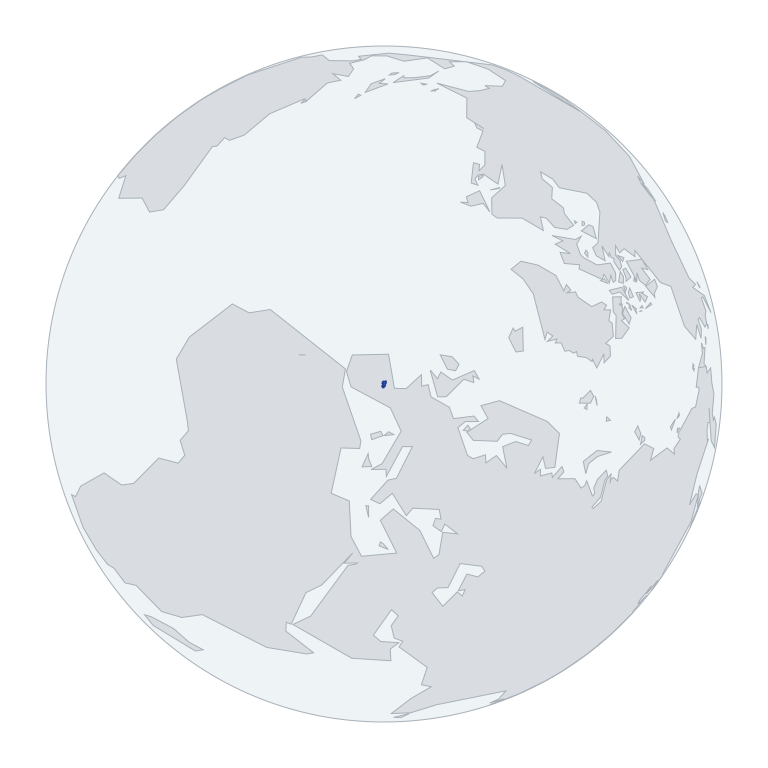 La Rioja on an orthographic globe, rotated 88°
{"feature_id": "ESP-5828", "entity_name": "La Rioja", "entity_type": "Autonomous Community", "adm_level": 1, "iso_a3": "ESP", "parent_name": "Spain", "parent_adm1": "", "projection": "orthographic", "projection_center": [-2.502, 42.281], "detail": "fine", "context": "on_globe", "style": "filled", "palette": "blue", "viewbox_px": 768, "rotation_deg": 88, "n_neighbors": 0, "source": "natural_earth", "source_scale": "10m", "svg_char_len": 11153}
<svg xmlns="http://www.w3.org/2000/svg" viewBox="0 0 768 768"><g transform="rotate(88 384 384)"><circle cx="384" cy="384" r="338" fill="#eef3f6" stroke="#a8b0b8"/><path d="M94.6,558.5L89.8,549.8L83.0,536.5L70.5,509.7L54.5,454.8L54.7,445.6L53.0,434.2L58.9,427.4L60.0,403.5L58.7,395.5L55.6,398.0L53.5,367.5L56.4,345.8L69.0,264.3L74.5,250.7L81.1,238.2L118.2,179.0L86.8,224.7L95.0,209.8L107.7,190.5L108.2,190.8L126.9,167.7L138.7,153.8L165.2,130.7L193.3,116.9L184.9,123.3L192.7,120.0L203.7,112.2L209.0,107.9L250.5,92.0L288.8,75.4L295.3,69.2L298.3,72.0L306.9,60.7L324.1,54.7L308.0,62.3L309.0,63.9L322.4,59.7L326.2,60.6L334.9,59.4L338.3,61.2L328.7,66.4L330.7,67.8L340.1,64.9L349.4,65.5L335.4,69.4L350.2,70.9L336.8,81.7L296.5,93.9L292.3,104.1L259.3,128.6L265.6,128.8L257.1,139.3L261.1,143.8L253.8,147.8L263.3,148.0L269.2,143.6L275.3,142.4L278.3,144.8L269.5,150.1L266.8,149.6L265.7,152.5L260.1,154.3L264.5,154.8L253.6,161.4L268.6,158.7L263.4,167.3L255.0,170.7L250.5,165.2L219.7,162.2L209.8,165.3L200.4,174.6L194.0,201.9L185.2,208.1L177.4,220.2L184.6,218.7L193.3,208.9L204.8,209.9L214.2,198.6L220.2,197.7L232.0,188.9L235.9,196.0L233.4,208.0L223.9,216.0L222.5,221.8L236.2,219.4L223.0,240.2L222.1,265.0L218.0,270.2L201.7,269.9L189.9,255.8L168.7,258.4L188.2,263.1L177.7,277.3L178.4,282.7L182.3,286.0L188.6,283.2L186.2,289.8L166.0,286.9L167.9,280.9L174.3,281.6L168.6,275.5L155.0,275.0L150.7,283.0L134.6,276.2L131.4,282.1L126.1,284.4L132.3,275.2L120.8,292.0L101.1,291.2L85.1,320.7L94.6,289.3L94.2,278.3L92.2,268.4L89.3,272.9L90.6,255.4L85.0,251.9L73.0,268.9L64.7,290.6L64.3,307.2L68.8,302.6L71.1,312.3L59.6,329.2L62.1,352.8L56.2,369.6L55.6,385.0L59.3,392.4L62.3,407.1L67.9,403.4L75.4,408.8L72.1,424.3L78.9,416.6L81.2,430.2L98.3,451.3L96.1,453.2L109.9,488.8L130.4,515.0L135.1,530.0L132.1,534.6L140.4,542.6L140.6,547.1L178.7,576.7L202.1,598.2L204.0,612.2L189.7,619.3L189.1,642.6L166.7,634.7L169.3,641.5L166.4,642.5L165.6,641.9L145.4,623.3L126.7,603.1L109.8,581.5L94.6,558.5ZM79.8,328.9L83.1,364.4L76.6,353.5L78.7,353.4L78.9,342.3L77.5,326.8L73.2,318.4L79.8,328.9ZM91.7,323.7L90.7,318.8L92.3,322.4L91.7,323.7ZM210.8,106.1L203.5,112.0L192.1,119.1L197.7,114.0L210.8,106.1ZM233.0,94.6L230.6,97.1L222.2,99.4L226.2,97.2L233.0,94.6ZM299.1,65.1L292.5,67.8L297.6,65.0L299.1,65.1ZM335.5,59.0L336.2,58.1L340.4,58.0L335.5,59.0ZM229.0,185.7L230.4,187.2L227.5,188.0L229.0,185.7ZM232.7,180.5L228.3,180.3L229.4,177.9L232.1,178.1L232.7,180.5ZM349.5,60.6L356.1,61.0L347.7,61.4L349.5,60.6ZM237.9,181.4L232.0,173.7L234.1,169.5L246.1,166.8L237.9,181.4ZM358.8,61.9L374.9,63.5L377.8,61.4L378.7,69.1L364.7,64.7L354.0,65.3L359.7,63.5L358.8,61.9ZM269.8,141.2L263.7,146.0L266.1,139.8L269.8,141.2ZM269.8,137.6L268.4,121.8L278.9,116.4L277.2,122.5L288.7,114.3L294.5,119.3L289.5,125.0L281.6,127.4L289.9,127.6L269.8,137.6ZM376.7,73.5L379.1,75.0L374.7,74.5L376.7,73.5ZM278.0,141.4L276.7,138.5L285.8,133.5L289.8,138.6L285.6,138.5L278.0,141.4ZM288.8,109.9L296.2,107.4L303.0,110.7L306.8,110.3L295.5,119.0L288.8,109.9ZM285.1,140.9L291.7,141.3L290.1,146.0L279.8,144.0L285.1,140.9ZM286.4,130.2L290.8,128.2L289.7,130.9L286.4,130.2ZM288.2,163.9L286.5,160.0L291.1,157.0L288.2,163.9ZM294.3,141.2L294.8,139.6L296.4,138.1L300.3,139.5L294.3,141.2ZM301.1,121.0L302.3,123.1L306.0,117.6L311.2,120.2L302.8,125.7L308.6,124.5L310.2,125.3L301.5,129.0L301.1,121.0ZM309.1,136.5L300.2,145.1L302.3,152.8L298.2,155.6L295.6,142.8L309.1,136.5ZM305.4,131.7L306.8,135.2L301.1,136.6L296.7,135.1L305.4,131.7ZM317.8,120.2L312.0,114.7L314.0,113.7L317.8,120.2ZM310.8,138.4L313.0,136.3L311.7,138.8L310.8,138.4ZM316.9,125.4L314.6,123.4L317.0,122.4L316.9,125.4ZM319.2,134.0L316.3,136.6L313.1,135.6L319.2,134.0ZM319.0,129.8L322.9,128.8L313.8,133.6L317.6,129.1L319.0,129.8ZM319.6,124.7L320.2,123.4L320.2,125.7L319.6,124.7ZM332.6,136.9L321.9,143.2L315.0,140.6L326.4,134.8L332.6,136.9ZM599.8,124.0L592.9,118.6L595.8,121.5L589.8,117.3L603.2,129.2L595.2,123.8L609.5,136.4L613.0,137.9L604.1,128.8L619.9,143.1L621.2,143.3L641.9,165.7L660.6,189.9L677.0,215.6L685.8,232.0L686.2,232.7L698.5,260.5L708.4,289.3L702.7,274.7L706.6,289.5L702.7,280.2L694.9,272.9L698.4,294.3L706.4,342.8L713.5,368.8L713.6,388.3L699.2,367.9L688.2,347.3L685.9,357.1L668.7,350.7L647.3,378.1L641.7,374.2L638.3,382.7L625.8,385.2L616.2,377.8L609.8,384.4L634.6,403.4L641.2,396.3L643.1,378.2L649.1,387.0L660.8,386.8L657.0,425.7L621.1,483.4L613.4,465.4L564.0,426.3L563.1,418.7L562.7,418.0L561.9,416.8L561.7,430.0L551.8,421.2L582.7,453.3L589.8,469.3L620.7,485.1L618.8,489.9L627.5,490.8L650.1,463.8L651.1,470.6L643.1,510.6L608.1,573.6L610.3,594.1L603.7,614.1L576.6,638.8L573.7,649.8L558.9,660.1L554.5,666.6L539.6,677.3L516.8,689.7L483.7,700.1L485.8,696.2L475.5,690.7L463.1,666.9L475.8,649.7L474.6,637.6L450.2,611.7L455.9,592.4L448.3,585.6L433.2,589.7L423.9,581.1L414.4,581.8L351.9,590.7L330.3,576.9L298.7,532.7L308.2,516.3L305.6,495.1L367.6,422.0L385.6,425.8L439.9,409.1L447.6,410.6L446.4,429.2L491.4,440.6L499.7,422.8L535.2,422.3L555.4,412.5L553.4,377.2L520.1,392.4L509.2,379.1L531.6,353.3L559.9,340.5L556.5,335.0L534.3,330.5L536.3,315.7L526.1,328.1L533.5,331.8L527.3,340.0L520.1,337.2L521.1,331.8L511.3,333.1L509.1,359.6L516.4,366.3L493.5,379.5L503.5,392.3L498.9,401.4L480.2,383.4L478.7,374.9L447.6,357.8L447.2,367.7L476.5,384.9L469.3,385.0L469.0,399.9L463.6,388.7L431.7,368.5L408.1,378.5L385.7,417.0L370.3,421.1L353.9,414.7L354.4,378.4L388.7,373.7L389.4,362.0L375.9,346.2L387.4,346.5L386.2,339.9L398.5,337.5L409.5,319.5L421.0,315.8L419.2,295.2L424.8,290.8L424.3,304.0L430.2,311.7L458.2,303.1L461.8,297.5L458.3,285.1L466.4,284.9L459.4,274.1L472.5,264.1L450.8,267.6L446.1,254.5L450.5,241.8L445.1,238.4L437.8,259.3L438.4,267.3L445.2,273.0L443.4,296.8L435.1,302.9L422.2,281.2L409.0,287.9L404.7,269.2L427.1,222.2L439.6,210.4L473.3,216.2L474.0,225.5L462.2,227.7L478.8,236.9L474.7,230.7L481.4,230.9L478.7,219.4L483.3,219.0L472.7,209.0L478.1,207.3L484.8,213.7L485.3,196.4L494.9,190.7L492.7,187.0L487.8,184.8L503.2,179.6L501.0,177.3L495.0,177.9L486.7,173.8L478.0,164.9L483.8,163.6L487.7,166.6L504.7,171.5L514.3,180.5L515.8,179.2L508.9,171.1L488.1,165.0L481.3,160.0L491.1,161.6L487.0,160.6L485.4,157.8L489.2,154.0L478.4,151.9L452.9,125.7L457.9,116.7L469.5,120.3L457.8,103.3L464.3,96.1L458.8,96.5L449.5,89.8L447.3,91.8L444.0,91.6L419.1,77.1L417.8,73.4L400.9,69.3L398.1,69.7L398.1,72.1L378.7,69.1L377.8,61.4L384.2,60.7L379.3,57.0L394.7,56.3L405.2,54.6L424.9,57.0L431.5,56.1L428.7,54.9L435.6,53.4L459.2,55.9L452.1,59.0L419.1,60.0L433.6,59.6L433.9,61.6L441.3,62.8L451.3,62.8L450.2,61.6L484.5,74.2L515.5,82.9L504.6,75.9L506.0,73.9L531.8,81.7L582.9,111.7L585.2,112.5L587.0,113.8L599.8,124.0ZM352.2,461.4L351.9,468.1L352.2,461.4ZM594.2,343.2L608.3,333.0L594.4,318.0L598.6,313.1L592.3,310.1L593.3,317.0L576.8,307.7L580.1,297.0L574.6,289.6L569.6,292.7L566.1,314.2L589.7,327.1L589.7,337.9L594.2,343.2ZM98.9,451.8L100.6,457.3L97.5,454.0L98.9,451.8ZM73.4,358.1L75.2,363.1L75.3,367.9L73.5,365.1L73.4,358.1ZM94.6,397.1L97.8,403.5L93.4,399.5L94.6,397.1ZM84.2,369.5L91.9,392.5L83.5,386.4L79.0,372.2L83.5,378.2L84.2,369.5ZM85.9,330.4L86.6,334.4L84.8,336.4L85.9,330.4ZM92.8,326.4L92.2,325.5L92.9,321.8L92.8,326.4ZM178.9,277.5L180.4,277.9L183.3,282.3L179.8,282.4L178.9,277.5ZM209.3,290.9L204.9,301.3L205.6,293.6L199.8,295.2L194.2,281.7L215.7,272.2L206.9,278.6L209.3,290.9ZM192.6,262.0L193.8,271.0L191.7,261.6L192.6,262.0ZM366.9,308.3L373.2,312.0L371.5,320.0L356.8,326.8L359.1,315.0L366.9,308.3ZM382.5,315.4L373.7,293.3L382.5,288.8L379.0,294.9L385.7,294.2L382.0,304.0L398.9,322.3L398.6,330.8L371.6,337.4L380.6,330.3L374.0,326.8L382.5,315.4ZM335.8,251.2L332.1,243.4L355.9,243.6L356.6,251.0L342.0,257.7L332.6,253.0L335.8,251.2ZM260.2,179.0L257.3,177.4L259.7,175.7L264.2,175.8L260.2,179.0ZM287.1,162.3L275.7,185.1L271.7,184.2L269.8,199.6L258.6,203.4L260.2,193.1L250.2,208.0L247.1,200.2L241.5,210.9L246.3,187.5L243.2,181.7L250.9,186.6L261.3,183.2L264.8,180.0L272.5,166.9L271.0,153.5L281.0,148.7L288.5,148.8L290.4,151.3L283.3,153.5L290.9,155.2L282.1,160.4L287.1,162.3ZM370.5,163.3L361.5,163.2L375.4,170.8L366.6,174.6L368.8,175.3L364.5,181.2L363.1,189.6L358.3,190.4L359.8,193.5L357.0,197.7L357.5,202.2L349.1,205.5L349.0,211.4L345.1,209.6L347.1,219.2L341.9,213.6L337.8,219.1L345.0,221.6L298.9,231.7L283.7,241.4L273.8,253.0L266.1,242.9L270.5,226.1L281.5,208.5L297.3,201.0L291.0,198.2L296.7,194.0L299.3,198.0L298.7,189.4L304.1,187.1L313.9,173.7L309.6,163.6L313.1,158.8L317.5,161.6L317.9,154.9L328.5,157.1L331.2,153.9L344.4,153.2L351.2,161.1L353.7,156.9L363.9,156.7L370.5,163.3ZM336.4,137.0L346.5,144.7L346.7,150.9L323.7,149.6L319.8,152.3L305.0,152.5L305.1,143.7L309.3,144.4L313.4,143.1L311.7,146.3L316.1,142.7L322.0,143.7L327.1,141.3L329.0,144.4L336.4,137.0ZM453.1,402.3L458.4,401.9L466.1,399.1L466.0,408.8L453.1,402.3ZM431.2,388.9L435.6,386.8L439.2,398.3L433.7,399.1L431.2,388.9ZM434.9,376.1L435.6,385.8L431.9,381.0L434.9,376.1ZM428.1,301.6L432.4,299.0L434.0,301.6L433.1,306.5L428.1,301.6ZM409.9,189.5L404.7,187.7L405.2,185.8L397.6,177.9L403.5,174.8L410.4,178.4L409.9,189.5ZM549.5,385.6L545.5,394.6L541.6,393.0L543.8,390.2L549.5,385.6ZM505.2,403.7L516.8,404.0L505.0,406.4L505.2,403.7ZM415.0,184.8L411.2,181.7L416.5,182.1L415.0,184.8ZM407.4,172.2L413.1,171.8L403.3,173.5L407.4,172.2ZM644.3,581.7L617.3,623.0L606.3,631.3L608.4,624.9L621.1,602.8L635.3,587.8L643.3,574.0L644.3,581.7ZM714.2,370.0L718.0,378.8L717.5,386.1L714.2,370.0ZM459.9,159.1L463.9,173.1L470.7,182.3L480.7,185.5L468.4,187.5L457.9,173.3L459.9,159.1ZM453.2,129.7L444.5,127.7L446.9,125.2L449.3,125.3L453.2,129.7ZM448.8,130.9L440.6,135.1L434.8,131.8L442.5,129.1L448.8,130.9ZM428.2,158.9L429.0,163.1L424.6,162.5L428.2,158.9ZM526.4,77.6L529.6,79.1L538.1,83.3L521.5,76.0L512.6,71.6L514.2,72.2L519.9,74.6L526.4,77.6ZM514.9,73.1L518.6,75.2L502.2,73.4L496.5,72.1L504.3,70.0L508.2,72.0L513.8,73.6L514.9,73.1ZM381.7,73.8L379.3,74.9L379.2,73.3L381.7,73.8ZM443.1,92.9L438.5,92.3L438.4,90.1L443.1,92.9ZM425.8,89.8L429.0,92.6L423.2,90.2L425.8,89.8ZM436.7,99.2L429.2,94.0L439.9,98.3L436.7,99.2Z" fill="#d9dde1" stroke="#a8b0b8" stroke-width="1"/><path d="M384.4,382.7L384.5,382.7L384.7,382.8L385.0,382.8L385.2,383.0L385.3,383.0L385.7,383.0L385.9,383.0L385.9,383.3L386.0,383.3L386.3,383.3L386.6,383.7L386.8,383.9L386.8,384.0L387.0,384.0L387.3,384.3L387.5,384.4L387.5,384.5L387.6,384.8L387.4,384.8L387.2,384.8L386.9,384.8L386.8,385.0L386.7,385.2L386.6,385.3L386.7,385.5L386.8,385.6L386.9,385.8L386.7,386.0L386.4,386.1L386.2,386.0L385.8,385.9L385.7,385.9L385.7,385.7L385.6,385.4L385.6,385.2L385.4,385.0L385.1,385.1L385.0,384.9L384.9,384.9L384.7,384.8L384.4,384.8L384.2,384.9L384.1,385.0L383.9,385.2L383.9,385.3L383.8,385.5L383.7,385.6L383.3,385.7L383.2,385.6L382.9,385.5L382.9,385.4L383.0,385.4L383.0,385.2L383.0,384.9L382.9,385.0L382.7,385.1L382.7,385.3L382.5,385.5L382.4,385.6L382.2,385.5L382.2,385.3L382.1,385.2L381.9,385.2L381.7,385.1L381.6,384.9L381.4,384.7L381.3,384.4L381.4,384.2L381.4,383.9L381.4,383.7L381.5,383.6L381.6,383.4L381.6,383.1L381.6,382.9L381.5,382.7L381.4,382.5L381.3,382.4L381.5,382.3L381.5,382.2L381.5,381.9L381.8,381.9L382.1,381.9L382.2,382.0L382.5,381.9L382.5,382.0L382.8,382.2L383.0,382.0L383.2,382.3L383.2,382.5L383.3,382.5L383.5,382.7L383.8,382.6L384.0,382.5L384.3,382.7L384.4,382.7Z" fill="#3b82f6" stroke="#1e3a8a" stroke-width="1.5"/></g></svg>